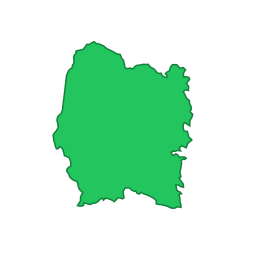 the district of Lagoão, Rio Grande do Sul, Brazil, rotated 340°
{"feature_id": "56859067B28681273525676", "entity_name": "Lagoão", "entity_type": "district", "adm_level": 2, "iso_a3": "BRA", "parent_name": "Brazil", "parent_adm1": "Rio Grande do Sul", "projection": "robinson", "projection_center": [-52.774, -29.241], "detail": "fine", "context": "isolated", "style": "filled", "palette": "green", "viewbox_px": 256, "rotation_deg": 340, "n_neighbors": 0, "source": "geoboundaries", "source_scale": "gbopen_adm2", "svg_char_len": 2896}
<svg xmlns="http://www.w3.org/2000/svg" viewBox="0 0 256 256"><g transform="rotate(340 128 128)"><path d="M145.9,56.3L143.6,54.9L142.1,53.8L140.7,51.8L138.4,49.4L136.7,47.6L135.1,46.2L134.1,44.1L132.8,42.2L130.0,39.5L126.9,37.6L125.6,35.3L123.1,35.5L120.4,36.3L118.0,35.3L113.1,38.7L110.8,38.6L107.7,38.1L105.7,37.8L104.5,40.0L102.5,41.2L101.1,43.0L100.3,46.3L99.3,48.6L97.3,49.9L96.2,52.2L94.0,52.8L91.6,53.9L88.3,57.5L72.6,88.6L70.2,91.5L67.7,92.4L65.6,93.6L63.9,96.3L63.5,100.0L62.7,103.5L59.9,106.0L57.3,107.4L55.2,109.1L54.1,114.0L53.8,117.9L53.5,120.9L53.7,123.2L55.5,123.5L57.3,122.0L59.3,124.6L59.3,128.6L58.8,132.3L60.9,134.2L62.4,135.5L62.6,138.2L62.4,141.1L61.2,144.3L58.5,144.7L56.6,145.8L55.6,147.9L56.6,151.0L56.5,154.2L58.3,157.6L60.0,159.5L61.6,160.5L61.8,162.9L61.4,165.0L61.2,167.9L61.7,170.3L63.5,172.9L61.7,174.6L59.7,176.8L58.5,180.1L56.1,182.0L54.0,183.6L55.6,184.7L57.8,185.6L59.8,185.5L60.6,183.3L62.5,184.2L64.3,185.7L66.3,187.0L69.0,186.6L71.4,187.4L73.6,187.1L75.5,186.4L77.4,185.3L79.6,185.2L80.3,187.5L82.1,186.3L84.5,187.1L86.0,188.2L88.1,190.1L89.9,192.5L91.6,191.8L94.7,190.2L96.5,190.9L98.4,192.6L100.4,192.3L100.7,190.2L101.2,188.0L101.8,185.8L104.6,183.6L106.9,184.0L108.8,184.8L109.6,186.7L111.6,189.2L113.8,190.1L114.2,192.6L116.2,194.0L118.3,192.9L120.2,195.2L122.4,196.9L124.1,198.4L126.9,201.3L128.6,203.5L129.7,205.9L128.6,209.0L130.4,210.2L132.8,211.3L135.5,213.1L138.4,215.1L140.6,217.5L142.4,218.6L144.2,219.3L147.7,219.0L150.6,220.7L151.4,218.5L151.5,215.7L152.7,211.8L153.2,207.8L155.8,208.0L154.8,205.7L152.8,203.9L152.9,201.0L153.6,197.8L155.8,198.8L157.5,201.1L159.9,202.6L160.7,199.4L159.8,196.6L158.9,192.5L161.0,192.0L161.4,188.9L162.0,186.7L163.6,184.3L164.9,181.8L166.1,179.9L166.8,176.8L168.9,176.1L170.7,177.0L172.4,176.3L171.1,174.5L169.0,173.7L166.3,173.1L165.6,170.4L164.1,168.6L162.2,169.2L160.4,168.6L160.2,165.7L162.5,165.3L164.8,166.1L166.8,166.0L169.6,167.5L169.2,164.6L172.3,162.9L174.3,165.0L175.9,166.5L177.9,164.1L179.9,162.4L182.1,161.8L183.9,161.2L183.3,159.2L182.0,157.7L182.4,154.5L182.5,151.4L179.6,150.1L179.9,147.0L180.6,144.7L181.8,142.9L183.8,142.7L185.2,145.3L186.8,147.1L187.9,144.1L189.1,141.9L191.7,139.8L193.5,137.3L191.9,134.1L194.2,131.5L194.6,128.9L194.2,126.6L195.0,122.9L193.1,120.0L193.1,117.3L192.7,114.7L192.4,112.6L195.2,111.8L197.6,113.4L198.6,111.3L199.2,109.3L198.0,106.4L200.5,104.5L202.5,103.5L202.5,101.3L200.6,100.0L197.6,98.9L199.0,95.3L202.0,93.0L200.5,90.0L197.6,89.8L196.3,87.4L195.6,85.3L193.6,84.5L191.4,83.7L188.6,85.4L187.4,87.5L185.8,88.6L183.4,88.8L181.5,90.1L182.7,91.9L181.7,93.7L179.6,92.6L178.1,90.4L177.7,87.7L175.9,87.4L174.3,86.2L173.7,84.0L172.5,81.3L169.8,78.3L168.8,75.1L166.8,74.5L164.2,73.4L160.5,72.9L158.2,72.2L155.7,72.5L152.8,74.1L150.5,72.4L148.3,72.2L145.8,70.6L146.6,65.3L146.9,63.0L145.8,59.7L145.9,56.3Z" fill="#22c55e" stroke="#15803d" stroke-width="1.5"/></g></svg>